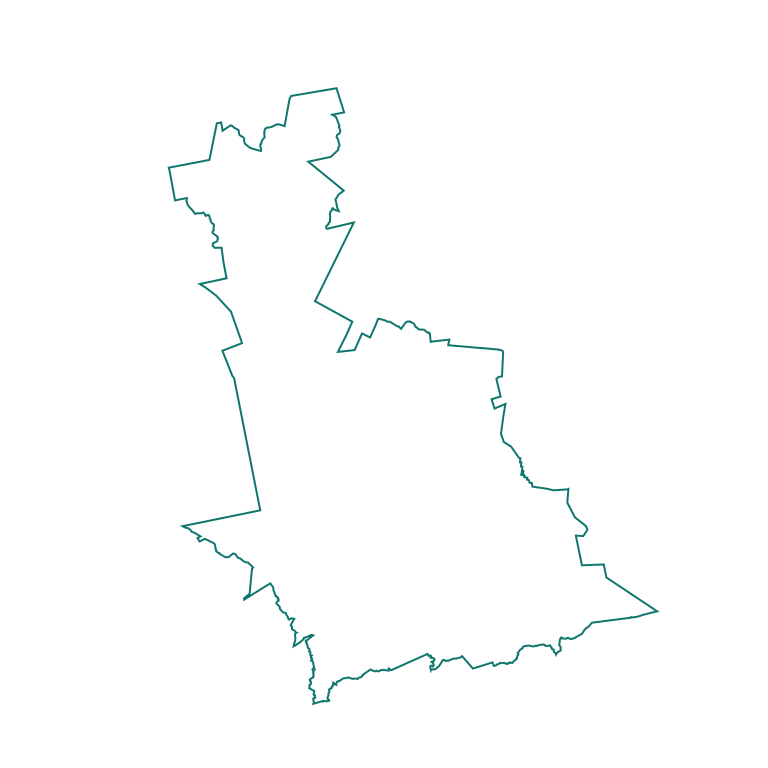 outline of Buenaventura, Chihuahua, Mexico, rotated 349°
{"feature_id": "50627088B21405977079278", "entity_name": "Buenaventura", "entity_type": "district", "adm_level": 2, "iso_a3": "MEX", "parent_name": "Mexico", "parent_adm1": "Chihuahua", "projection": "albers", "projection_center": [-107.167, 30.188], "detail": "fine", "context": "isolated", "style": "outline", "palette": "teal", "viewbox_px": 768, "rotation_deg": 349, "n_neighbors": 0, "source": "geoboundaries", "source_scale": "gbopen_adm2", "svg_char_len": 6161}
<svg xmlns="http://www.w3.org/2000/svg" viewBox="0 0 768 768"><g transform="rotate(349 384 384)"><path d="M231.7,320.5L236.7,347.2L238.0,349.6L238.4,484.4L159.2,485.1L161.0,486.7L164.4,488.3L166.4,490.7L166.6,491.9L169.9,494.1L174.8,498.6L171.5,499.7L173.0,503.4L178.6,501.8L186.5,507.7L187.2,508.8L187.4,513.2L187.1,514.1L187.7,514.7L187.3,516.1L189.1,518.1L189.9,518.4L189.9,519.0L190.4,519.0L191.1,520.1L195.2,523.7L197.8,524.3L199.3,523.9L203.5,521.6L205.6,522.5L207.5,526.8L209.9,528.1L212.0,530.9L214.1,532.6L216.3,533.2L220.5,539.0L219.1,540.5L212.0,564.4L205.8,567.6L205.6,569.0L234.3,558.0L236.4,562.5L236.2,565.2L237.2,571.5L237.5,571.4L239.2,573.5L238.7,574.4L239.4,574.9L239.3,576.3L238.9,576.9L238.0,576.9L236.9,577.8L236.5,579.0L239.1,582.6L238.9,584.9L241.2,588.7L244.1,590.4L244.0,591.8L245.2,594.0L245.0,595.3L245.8,597.1L248.4,596.3L251.1,597.4L246.5,602.7L246.5,603.5L247.2,604.0L247.3,604.5L246.9,607.0L249.4,609.3L250.0,611.0L250.7,611.4L249.6,611.8L248.6,613.4L248.7,615.7L248.4,617.2L247.6,619.6L246.3,621.5L245.3,624.3L252.4,621.5L256.7,618.8L257.0,617.9L259.0,617.8L265.2,616.4L266.5,617.2L259.6,620.8L258.2,621.1L258.0,622.0L258.9,623.2L258.3,624.6L259.2,626.0L258.9,628.0L259.3,629.0L260.2,629.8L260.2,630.9L259.4,632.1L260.6,633.2L259.9,635.7L261.3,636.7L260.2,637.5L260.3,638.5L260.0,638.8L260.2,639.5L261.0,639.8L260.9,641.0L259.7,641.7L260.8,642.4L261.4,643.6L261.1,646.8L261.5,648.5L260.1,649.8L260.9,649.8L261.6,650.8L261.5,651.2L259.9,650.8L259.6,651.3L260.1,652.5L259.3,653.3L259.8,654.8L259.1,655.7L259.3,656.8L258.5,658.0L258.6,658.5L255.6,659.4L254.6,660.2L254.7,661.2L255.5,662.1L255.1,664.2L254.8,664.7L253.5,664.9L253.4,666.3L252.5,668.2L257.0,672.2L256.8,673.1L255.8,674.6L255.8,676.2L256.8,676.5L256.6,678.8L254.4,679.4L254.4,683.0L253.7,684.4L262.5,683.6L263.2,684.1L264.2,683.4L266.2,684.4L267.8,684.5L268.6,683.9L269.0,684.5L269.5,684.5L269.9,684.1L268.6,682.0L268.6,681.3L270.2,678.9L270.2,677.5L271.9,675.2L271.7,673.5L272.9,672.8L274.1,672.9L275.1,671.0L276.0,670.9L277.2,667.5L278.0,668.2L278.0,669.0L278.5,669.5L278.9,669.3L279.8,670.1L280.0,669.1L281.1,667.4L282.2,666.9L283.3,667.2L287.5,665.3L290.8,665.3L293.3,665.4L296.9,667.5L299.2,667.5L302.0,668.5L303.2,667.5L306.0,667.4L307.4,665.6L307.9,665.8L308.4,665.1L316.2,661.7L316.8,661.8L318.2,663.4L319.4,663.6L320.8,664.5L322.1,664.0L322.8,664.7L324.1,665.1L326.3,664.3L328.6,664.4L333.9,666.3L334.4,664.3L336.6,666.3L375.1,657.3L376.0,659.5L377.5,659.2L378.3,660.2L377.6,661.7L380.1,662.3L381.1,664.1L379.2,666.1L378.4,665.5L377.6,665.9L378.9,667.1L379.2,669.3L378.2,670.6L377.0,669.5L376.0,669.6L375.3,670.4L375.5,673.8L375.8,673.3L376.0,673.7L377.6,673.3L379.5,673.9L384.3,671.4L389.0,666.2L390.3,666.3L392.0,667.8L393.8,667.6L394.3,668.0L399.3,666.8L402.7,667.3L407.2,667.0L408.7,666.0L417.0,680.3L437.3,678.0L438.1,681.7L440.0,681.8L440.8,681.0L443.5,680.6L444.8,679.8L446.2,680.5L448.7,680.7L451.6,682.5L452.6,681.7L453.6,681.9L453.7,681.5L454.8,681.3L455.4,681.9L456.8,682.3L458.3,680.9L460.3,680.2L461.0,679.0L462.0,678.9L462.8,676.6L464.3,675.3L463.8,674.2L464.0,673.4L464.7,673.1L466.8,670.9L469.4,669.9L469.7,669.1L471.3,668.1L476.0,668.3L480.9,670.3L482.6,669.8L484.1,670.4L485.1,669.9L490.4,670.0L491.8,670.6L491.9,671.4L493.6,672.2L497.2,672.3L498.0,674.8L498.3,674.9L498.4,676.4L499.9,677.1L499.6,679.0L501.3,681.7L501.3,682.4L503.1,680.4L506.6,679.4L507.2,675.7L506.3,674.0L506.3,672.9L507.0,671.7L507.7,668.8L509.0,667.0L510.0,666.7L510.2,667.7L514.1,668.8L516.2,668.1L517.6,669.5L519.0,670.0L521.9,669.9L530.7,667.0L534.0,663.5L536.2,662.0L538.0,661.6L542.5,658.0L581.6,660.5L581.9,660.0L582.8,660.5L588.1,660.8L595.9,659.9L608.8,659.3L565.4,616.4L565.3,603.1L543.7,599.7L543.4,569.4L550.6,571.3L556.0,565.7L555.0,561.8L546.0,551.4L541.3,535.4L545.0,522.2L543.5,522.4L530.1,520.7L524.2,518.0L510.0,513.0L510.2,509.3L508.1,508.7L507.7,505.7L506.1,505.1L506.8,503.3L503.8,502.2L504.5,500.3L501.4,499.3L502.2,497.4L503.6,497.9L504.3,496.1L502.8,495.6L504.1,491.7L502.6,491.1L503.9,487.3L502.5,486.9L503.7,483.0L502.8,482.7L502.3,482.0L496.7,469.5L490.6,463.9L489.3,455.4L494.4,440.1L499.4,426.7L487.9,429.2L486.7,419.5L496.1,418.5L495.3,400.5L498.0,399.0L501.3,399.0L507.0,375.6L506.6,373.8L502.9,372.0L454.4,358.2L456.6,352.9L437.9,351.4L438.6,343.0L437.4,341.9L437.2,342.2L436.0,341.5L433.8,338.4L428.2,336.9L427.3,335.1L426.2,334.5L424.8,330.4L421.4,327.6L418.7,327.2L417.1,327.7L411.3,333.1L409.4,330.4L407.7,329.7L401.7,324.0L399.4,323.6L397.4,321.8L391.4,319.0L390.6,318.9L386.7,325.1L379.2,335.7L372.1,330.2L361.6,345.1L344.9,343.7L356.8,328.2L364.8,316.8L332.1,289.6L385.2,219.7L357.5,220.8L357.1,219.5L357.3,218.2L360.2,216.2L360.4,215.4L361.9,214.4L363.2,209.0L363.2,207.0L364.2,204.9L366.8,202.6L366.7,201.8L367.3,201.7L367.5,202.4L369.6,204.1L372.5,205.7L371.8,202.3L371.6,193.6L375.6,189.3L381.4,186.5L352.1,151.3L375.1,150.9L383.5,145.6L384.8,142.5L385.9,141.3L385.5,134.8L384.6,133.0L384.8,131.7L385.6,130.6L388.3,129.3L389.5,126.8L388.7,123.1L389.4,122.7L389.5,122.0L387.9,112.9L384.7,109.8L396.7,109.8L393.8,84.6L347.9,83.5L345.7,86.1L335.6,111.9L329.6,108.7L327.4,108.9L323.1,110.1L319.4,110.3L318.2,109.9L317.2,110.5L316.8,110.4L316.9,110.0L315.7,111.3L314.6,113.6L314.7,114.6L314.0,115.6L314.2,117.1L313.8,119.2L310.8,121.6L309.3,124.7L308.5,125.0L308.1,125.8L307.9,128.0L308.3,129.6L307.5,131.8L299.2,127.6L296.9,126.0L293.3,121.6L293.0,118.4L293.7,116.7L292.5,114.4L290.8,113.3L289.6,111.8L289.6,106.9L285.9,103.9L284.3,101.8L282.8,100.8L273.9,104.6L274.1,96.2L269.6,96.3L255.4,130.7L214.0,130.6L214.2,134.4L213.9,163.9L225.9,163.8L225.8,164.9L224.9,166.9L225.3,168.0L225.2,169.7L225.9,171.7L229.4,177.5L230.7,180.5L231.6,181.1L232.1,180.7L238.0,181.6L239.5,181.3L240.5,182.8L240.8,184.7L241.4,185.0L243.6,184.3L244.6,185.6L244.6,188.3L245.2,190.0L244.9,191.0L245.1,191.9L246.1,193.7L247.1,194.3L247.5,195.2L246.3,199.1L246.2,200.7L244.9,201.5L244.5,203.0L248.9,207.8L248.9,208.4L248.2,209.2L248.6,210.2L247.3,212.1L242.9,213.3L242.2,215.5L243.7,218.0L250.5,219.2L249.7,233.8L249.6,250.2L222.3,250.7L226.9,254.9L236.1,265.2L247.6,283.8L252.5,316.8L231.7,320.5Z" fill="none" stroke="#0f766e" stroke-width="2"/></g></svg>